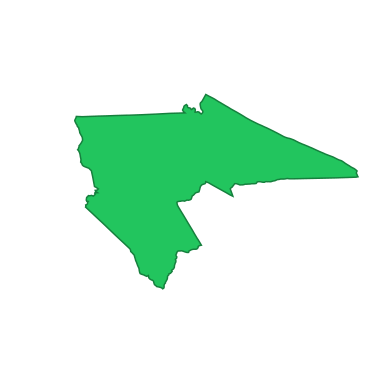 the district of São Mateus, Espírito Santo, Brazil, rotated 299°
{"feature_id": "56859067B41614264111090", "entity_name": "São Mateus", "entity_type": "district", "adm_level": 2, "iso_a3": "BRA", "parent_name": "Brazil", "parent_adm1": "Espírito Santo", "projection": "equal_earth", "projection_center": [-40.024, -18.796], "detail": "fine", "context": "isolated", "style": "filled", "palette": "green", "viewbox_px": 384, "rotation_deg": 299, "n_neighbors": 0, "source": "geoboundaries", "source_scale": "gbopen_adm2", "svg_char_len": 5490}
<svg xmlns="http://www.w3.org/2000/svg" viewBox="0 0 384 384"><g transform="rotate(299 192 192)"><path d="M127.2,106.2L122.3,125.8L121.9,127.5L117.3,145.0L112.2,165.3L111.4,166.4L110.2,167.3L109.9,168.8L109.4,170.1L109.1,171.1L108.6,172.3L107.6,173.1L106.9,173.9L105.8,175.0L104.7,176.0L103.8,177.3L102.5,178.8L101.5,179.9L100.6,181.1L99.7,182.4L98.8,183.2L97.8,183.9L96.4,185.1L95.5,186.2L95.6,187.6L95.9,189.1L96.1,190.3L96.1,191.4L96.3,193.3L97.8,194.3L96.1,195.7L95.5,197.1L95.4,199.2L95.7,200.3L95.3,201.6L94.3,202.5L93.5,203.3L92.8,204.1L92.5,206.0L92.2,207.1L92.6,208.2L93.0,209.6L93.3,210.9L93.4,212.2L93.1,213.3L94.1,213.9L95.4,213.7L96.3,213.0L97.4,212.7L98.6,212.6L99.5,212.9L100.3,212.5L101.4,212.6L102.9,212.6L104.1,212.5L105.3,212.0L106.4,211.5L107.3,211.5L108.3,211.9L109.4,211.5L110.3,212.5L111.7,212.9L113.0,213.1L113.6,212.2L114.6,212.5L115.7,213.1L116.7,213.1L117.8,213.0L118.9,212.4L120.2,212.1L121.5,211.8L122.8,211.8L124.0,211.3L125.1,210.1L126.5,210.6L127.9,210.2L128.4,209.1L129.4,208.3L130.6,208.4L131.7,207.9L132.6,208.2L133.8,208.5L134.6,210.1L135.5,211.3L135.9,212.9L136.1,214.4L136.4,215.8L136.7,217.0L137.5,218.3L138.9,218.0L140.5,219.0L141.4,219.6L142.1,220.4L142.9,221.4L143.5,222.6L144.4,223.8L145.5,224.2L146.5,224.2L147.4,223.8L148.7,224.5L150.0,226.0L152.2,222.3L153.2,220.5L153.9,219.1L156.0,215.5L157.3,213.3L158.1,212.0L159.7,209.3L160.3,208.2L161.4,206.3L162.5,204.4L163.3,203.0L166.4,197.7L167.1,196.5L169.7,191.9L172.4,187.2L173.3,185.8L174.7,184.5L175.6,183.8L176.6,184.1L177.7,185.4L178.3,186.4L179.0,187.1L179.9,188.4L180.4,189.9L181.5,190.8L182.5,191.5L183.0,192.8L184.2,194.1L185.2,194.7L186.4,194.6L187.7,194.3L188.7,194.1L189.9,194.8L191.5,195.2L192.6,195.4L193.4,195.9L194.5,197.0L195.5,198.0L196.5,197.8L197.9,197.5L199.2,197.1L200.5,196.8L201.6,196.8L203.0,197.1L204.4,198.2L205.5,199.3L206.7,199.5L207.7,199.0L208.1,201.9L208.0,207.2L208.0,214.6L208.0,221.9L207.9,226.6L208.1,229.8L209.2,228.6L213.3,223.9L214.8,224.2L215.9,224.8L216.9,224.8L217.7,225.1L218.7,225.1L220.0,225.3L220.9,227.1L221.2,228.8L221.4,230.4L222.1,231.6L222.6,232.5L223.5,233.7L224.6,234.7L225.4,236.1L226.3,237.5L227.2,239.0L228.2,240.2L228.7,241.1L229.5,242.5L230.5,243.9L231.5,244.1L232.5,244.2L233.4,245.4L234.1,246.7L234.7,248.7L235.2,249.9L235.8,250.8L236.6,251.2L237.2,252.1L237.6,253.1L238.2,254.0L238.8,255.3L239.4,256.2L240.2,256.9L241.0,257.7L242.1,259.1L243.2,259.9L244.1,260.5L244.8,261.5L245.4,262.3L246.3,263.2L246.8,264.1L247.3,265.0L247.9,266.1L248.6,267.1L249.4,268.0L250.2,269.1L250.5,270.1L251.1,271.4L252.6,274.1L254.3,277.0L256.1,280.1L258.1,283.5L265.2,295.7L274.3,311.3L276.9,315.6L277.9,317.3L279.1,319.3L279.8,320.5L281.4,323.1L282.2,324.5L283.2,326.1L284.5,328.3L285.8,329.8L286.5,328.7L287.4,327.7L288.0,326.7L289.0,326.3L290.4,326.2L290.9,324.2L291.1,322.1L291.0,320.5L291.0,318.6L291.2,316.4L291.2,315.2L291.3,313.3L291.4,311.8L291.6,310.5L291.8,308.2L291.7,306.9L291.4,305.6L291.2,303.8L291.1,301.1L291.0,298.3L290.7,296.4L290.4,294.3L290.1,292.3L289.8,290.1L289.7,288.4L289.3,284.8L289.2,283.6L289.1,282.3L289.0,281.2L288.9,279.9L288.8,278.4L288.7,277.0L288.6,275.7L288.5,274.5L288.3,273.3L288.2,271.6L288.0,270.0L287.7,267.3L287.4,265.3L287.2,263.1L287.0,261.5L287.0,260.1L286.9,258.3L286.9,256.7L286.8,255.3L286.6,254.0L286.4,252.6L286.1,251.2L285.6,249.7L285.3,248.2L285.0,246.4L284.9,244.7L284.9,242.5L284.8,237.0L284.7,235.2L284.7,233.8L284.6,232.2L284.5,229.9L284.4,228.0L284.3,226.2L284.1,224.3L284.0,223.0L283.9,221.0L283.7,219.1L283.5,217.1L283.4,215.3L283.3,213.3L283.2,210.8L283.1,208.7L283.1,207.0L283.1,204.3L283.1,203.0L283.2,201.6L283.3,199.9L283.4,197.2L283.5,193.0L283.5,191.6L283.5,188.2L283.5,185.5L283.6,183.9L283.7,181.9L283.7,179.7L283.8,177.0L283.8,175.4L283.9,174.2L283.9,173.1L283.9,171.3L284.0,169.8L284.1,168.2L284.2,166.9L284.2,165.1L284.1,162.1L284.0,160.3L284.0,156.8L282.9,156.8L280.9,156.8L276.9,156.8L275.6,156.7L274.2,156.2L273.3,156.3L272.2,156.9L271.5,157.5L270.7,158.1L269.7,159.0L269.0,159.8L268.5,161.1L268.0,162.3L267.0,162.8L265.8,162.7L264.7,162.2L265.0,160.3L265.3,159.2L264.9,158.0L264.1,157.2L263.3,156.0L264.6,155.4L265.6,155.0L266.4,153.9L266.1,152.5L264.6,152.0L263.7,151.4L264.5,150.1L264.3,148.9L263.9,147.8L264.3,146.7L265.3,146.2L265.8,144.7L264.3,143.8L263.1,143.4L262.0,143.8L260.5,143.9L259.1,144.0L258.2,145.6L257.8,147.5L254.7,142.4L250.1,134.6L242.7,122.8L236.5,112.7L235.2,110.6L228.7,99.8L228.1,98.7L227.1,97.0L221.7,87.9L217.2,80.5L215.5,77.6L212.5,72.5L211.8,71.4L209.3,67.2L204.7,59.6L202.0,54.2L201.0,54.5L199.7,54.6L198.7,54.6L197.5,54.9L196.6,56.0L196.0,56.9L195.4,57.7L194.9,58.9L194.1,59.5L193.6,60.5L193.2,61.8L192.3,62.5L191.4,63.5L190.4,64.4L189.4,65.1L188.8,66.1L188.1,67.1L187.4,68.4L186.6,69.5L185.2,70.6L183.9,71.3L182.5,71.3L181.3,71.3L180.4,71.2L179.2,71.1L177.7,70.8L176.8,71.3L175.6,71.4L174.5,71.7L173.5,71.5L173.2,72.7L172.3,74.0L171.3,75.2L170.4,76.0L169.5,76.7L168.7,77.3L167.9,78.0L166.8,79.0L165.4,79.7L164.2,80.1L163.6,81.6L162.5,82.9L162.1,84.2L162.1,85.5L162.3,87.0L162.5,88.5L162.8,90.3L162.2,92.2L161.9,93.6L157.0,97.9L149.5,104.1L149.6,105.5L149.3,108.6L148.0,108.3L147.1,107.4L146.5,106.6L145.8,107.8L145.6,109.7L145.0,108.8L144.7,107.5L143.8,107.5L143.3,108.4L141.9,108.2L140.5,107.6L140.4,105.9L139.2,104.5L138.6,103.1L137.4,103.0L136.3,102.5L135.5,102.7L134.6,103.1L133.7,103.4L132.9,104.4L133.4,105.8L132.2,105.7L131.0,106.3L130.1,106.1L129.1,105.3L128.1,106.1L127.2,106.2Z" fill="#22c55e" stroke="#15803d" stroke-width="1.5"/></g></svg>